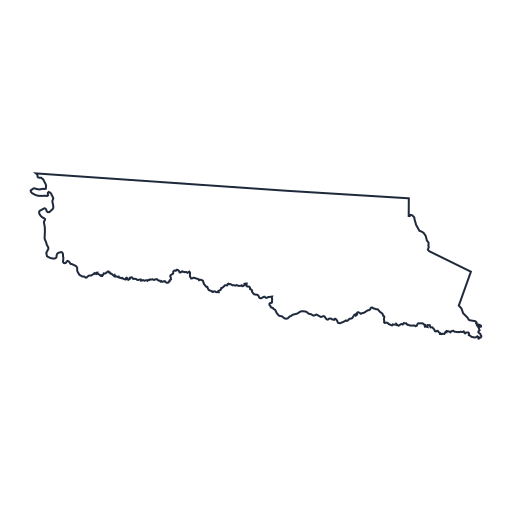 Vila Rica, Mato Grosso, Brazil
{"feature_id": "56859067B13975352293553", "entity_name": "Vila Rica", "entity_type": "district", "adm_level": 2, "iso_a3": "BRA", "parent_name": "Brazil", "parent_adm1": "Mato Grosso", "projection": "mercator", "projection_center": [-51.45, -10.016], "detail": "fine", "context": "isolated", "style": "outline", "palette": "slate", "viewbox_px": 512, "rotation_deg": 0, "n_neighbors": 0, "source": "geoboundaries", "source_scale": "gbopen_adm2", "svg_char_len": 6018}
<svg xmlns="http://www.w3.org/2000/svg" viewBox="0 0 512 512"><path d="M287.0,190.8L35.9,173.4L37.4,174.7L37.6,176.8L38.1,177.4L39.7,177.8L41.0,177.7L43.2,179.4L45.7,184.3L46.1,185.6L45.8,188.7L44.7,189.0L42.6,188.8L39.3,189.5L36.2,188.9L34.4,188.3L33.6,188.4L30.7,190.4L30.8,191.7L32.1,193.2L35.7,195.1L38.7,195.9L43.7,195.9L44.7,195.7L47.1,196.0L48.1,195.3L47.8,194.0L47.9,192.7L48.8,191.9L50.4,192.9L51.0,193.5L52.8,197.1L53.3,198.4L52.3,201.2L53.3,206.2L53.3,207.9L52.7,209.0L49.4,212.1L47.6,212.1L46.6,211.0L46.1,209.5L45.4,208.6L44.3,208.3L39.6,210.9L39.2,211.7L39.1,212.7L39.5,214.1L40.7,215.9L42.4,217.4L44.2,218.3L45.0,219.0L44.8,220.4L44.0,221.5L43.9,222.3L44.8,227.1L44.9,231.1L44.6,238.3L44.8,239.3L46.2,242.5L46.7,244.6L48.0,246.9L48.4,248.1L48.3,249.0L46.3,252.8L46.9,256.1L47.6,256.7L50.7,258.1L53.4,258.6L55.1,258.4L56.0,257.8L56.5,257.1L56.6,255.3L57.4,253.5L58.4,252.8L61.0,252.1L61.8,252.2L62.3,252.7L63.0,254.1L63.0,256.6L63.4,257.7L63.0,261.9L63.8,263.0L65.0,263.2L65.9,262.8L66.7,261.5L67.5,260.9L68.9,261.5L70.6,263.9L71.6,264.0L75.4,265.7L76.4,266.5L76.9,267.3L77.2,268.3L77.2,270.6L77.8,272.2L79.5,274.9L82.3,276.5L84.2,276.5L85.5,277.6L86.7,277.5L87.6,276.5L89.2,275.5L91.2,275.5L93.6,274.0L94.4,273.2L94.9,273.8L96.5,272.7L97.3,272.6L97.0,273.9L98.0,273.6L101.0,276.0L101.9,276.0L101.8,275.1L102.9,275.1L103.7,273.4L104.8,273.6L105.8,273.2L107.6,271.6L108.5,271.5L108.9,272.4L109.8,272.4L110.4,273.7L111.5,273.7L114.0,276.0L114.7,275.1L115.3,276.6L116.8,276.4L117.8,277.0L118.7,276.6L119.2,277.7L120.6,277.8L121.5,278.3L122.3,277.9L123.0,278.6L125.3,279.5L126.1,279.3L126.0,278.1L126.6,277.7L127.6,278.4L128.3,279.8L130.0,278.7L130.0,277.7L131.8,277.3L133.3,279.0L134.4,278.7L136.3,279.1L137.1,279.8L138.0,280.1L139.8,279.5L140.9,279.6L141.1,280.7L143.2,280.1L144.3,280.7L146.4,280.2L147.4,280.8L148.3,279.9L149.0,280.2L149.9,279.4L151.1,279.6L152.7,279.3L154.0,280.0L154.9,279.5L156.8,279.1L157.5,279.9L158.9,280.7L159.7,280.6L160.5,281.6L161.4,281.1L162.1,281.8L164.8,281.1L165.2,281.9L166.9,282.8L168.1,282.7L168.8,281.9L169.6,281.4L169.5,280.5L171.0,279.4L170.7,277.2L170.2,276.2L170.5,275.3L173.2,273.5L173.2,271.8L173.6,271.1L174.6,270.5L175.8,270.8L176.6,269.8L177.8,269.9L178.9,270.9L179.6,272.4L180.6,272.5L181.4,271.7L182.3,271.3L183.0,271.9L183.9,271.8L184.7,272.2L186.3,272.0L187.5,272.8L189.3,271.6L190.0,272.6L189.9,276.5L190.5,277.2L191.1,278.5L192.1,278.4L193.6,277.7L198.6,279.2L199.0,280.2L199.9,279.8L201.1,279.8L202.9,280.7L203.1,281.6L203.6,282.4L203.7,283.7L206.4,286.9L207.3,286.9L208.1,289.0L209.0,290.2L212.0,291.2L212.4,292.0L213.3,291.9L214.1,291.3L215.2,291.5L216.0,292.1L218.7,292.2L218.4,291.0L220.8,289.7L221.3,288.0L222.1,287.9L223.4,286.9L224.9,285.3L227.3,285.3L227.7,284.1L228.5,283.6L229.4,284.2L230.4,284.1L232.6,285.3L233.8,285.2L235.7,285.6L236.6,285.1L238.6,285.9L240.5,285.8L241.7,285.3L242.3,286.2L243.3,285.9L244.8,284.7L244.5,283.8L245.5,283.5L246.7,283.5L246.4,285.8L247.2,286.5L249.1,286.6L249.9,287.5L250.1,289.2L251.2,289.5L252.1,290.5L252.0,291.3L252.3,292.2L254.0,294.2L254.9,294.5L256.9,294.7L257.8,295.1L258.4,295.7L259.1,297.3L259.8,298.1L260.9,298.3L262.7,297.5L263.4,296.9L264.5,296.7L265.5,297.6L266.7,297.9L268.1,297.1L272.1,296.6L271.8,297.5L272.2,299.8L271.9,301.2L272.1,302.2L271.6,302.8L269.9,303.2L269.4,303.8L269.6,305.3L270.4,305.9L270.8,307.1L271.4,307.6L272.7,307.8L273.6,309.0L274.9,309.7L275.5,310.4L276.6,312.9L278.4,315.1L279.2,315.8L282.1,316.4L284.4,318.3L285.6,318.7L286.6,318.7L287.8,318.3L289.8,316.4L290.9,316.1L292.0,315.2L292.9,314.7L297.2,313.6L300.3,311.6L302.1,311.2L305.5,311.5L307.0,312.2L308.2,313.4L309.1,313.8L310.8,314.1L313.4,315.6L314.2,315.5L316.4,314.5L320.9,317.0L323.6,316.1L324.6,316.5L326.0,318.7L327.2,319.6L328.1,319.5L328.9,318.7L330.9,318.5L332.1,319.4L334.2,319.8L334.6,318.9L335.5,318.8L337.1,320.6L337.7,322.3L338.3,323.0L340.2,323.2L344.6,321.3L345.8,320.4L346.8,320.9L347.8,320.5L349.3,318.9L351.8,318.4L352.9,317.2L354.0,315.2L355.2,314.4L355.8,315.6L357.1,314.5L356.8,313.6L357.1,312.8L357.9,312.2L359.4,312.7L360.9,313.8L362.5,313.0L363.6,312.9L364.6,312.4L367.6,310.4L369.2,310.1L370.2,309.4L370.7,308.0L371.6,307.5L372.5,307.5L373.2,308.3L374.2,308.7L375.0,308.7L375.9,309.2L377.7,309.3L379.9,311.8L382.0,313.3L382.7,314.1L383.0,315.6L383.8,316.0L384.3,316.7L383.9,319.7L384.3,321.1L384.1,322.4L384.9,323.0L385.9,322.7L386.9,322.7L388.0,323.2L388.7,324.1L389.6,324.3L390.4,324.9L392.0,325.4L392.8,324.4L393.9,324.7L395.2,324.4L396.3,324.9L396.4,324.0L397.7,325.2L398.7,325.7L400.7,324.3L401.7,324.0L402.7,324.5L403.9,323.0L405.1,323.5L406.2,323.3L407.5,324.9L408.5,324.8L409.4,325.4L411.6,325.6L414.6,325.5L415.5,326.2L416.7,325.8L417.3,324.4L418.2,323.3L422.6,323.3L423.7,324.3L425.2,324.9L424.7,325.9L424.9,326.7L426.0,326.6L427.5,327.0L427.2,326.0L427.7,325.1L429.8,325.2L430.0,326.3L430.6,327.4L432.3,327.3L434.3,329.6L434.9,331.1L435.8,331.5L436.8,330.9L437.8,330.9L438.7,332.2L440.3,333.2L440.1,334.0L442.0,334.1L442.9,333.7L444.4,333.9L445.5,331.9L446.5,332.2L446.7,331.0L448.7,331.4L450.5,332.3L451.0,331.4L453.2,330.7L454.2,331.6L457.4,332.1L458.5,332.0L459.2,332.2L460.7,331.7L461.8,332.0L462.9,331.9L463.7,331.4L464.2,332.5L465.1,333.4L465.9,332.6L468.0,332.4L468.8,332.9L469.1,334.1L468.8,335.1L469.9,335.5L471.4,336.8L474.6,337.5L475.4,337.4L476.3,337.1L477.3,336.3L478.3,336.9L478.2,337.9L478.5,338.6L479.3,338.4L479.9,337.5L480.7,337.5L481.3,336.8L481.2,335.7L480.6,334.9L480.3,333.9L478.5,332.6L478.4,331.5L479.6,330.3L478.6,327.5L477.5,326.0L479.1,325.9L480.2,326.8L481.0,326.6L480.9,325.6L478.6,324.5L477.0,324.3L476.1,323.5L476.6,322.5L475.3,321.2L469.5,320.2L468.8,319.7L467.4,317.5L463.1,313.2L461.7,309.1L461.0,307.9L458.8,305.6L470.9,271.7L429.6,251.4L428.5,250.5L427.9,249.6L428.8,246.9L428.3,245.4L428.6,244.2L428.5,242.5L426.9,240.6L425.7,235.9L423.6,232.9L421.8,231.7L419.4,230.8L416.2,225.1L414.5,219.3L414.4,217.9L413.8,216.8L412.0,215.2L410.6,214.9L409.7,216.1L408.7,216.0L408.8,198.3L287.0,190.8Z" fill="none" stroke="#1e293b" stroke-width="2"/></svg>